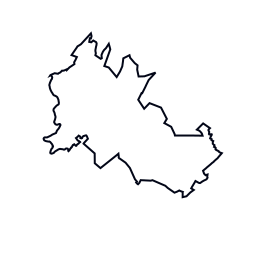 outline of Tlapehuala, Guerrero, Mexico, rotated 32°
{"feature_id": "50627088B3724997365997", "entity_name": "Tlapehuala", "entity_type": "district", "adm_level": 2, "iso_a3": "MEX", "parent_name": "Mexico", "parent_adm1": "Guerrero", "projection": "natural_earth1", "projection_center": [-100.475, 18.277], "detail": "fine", "context": "isolated", "style": "outline", "palette": "ink", "viewbox_px": 256, "rotation_deg": 32, "n_neighbors": 0, "source": "geoboundaries", "source_scale": "gbopen_adm2", "svg_char_len": 5305}
<svg xmlns="http://www.w3.org/2000/svg" viewBox="0 0 256 256"><g transform="rotate(32 128 128)"><path d="M211.0,157.7L213.8,154.9L215.0,149.7L216.6,145.7L213.6,145.7L213.5,144.4L213.4,138.6L213.3,137.2L217.0,137.0L217.5,136.9L218.3,136.5L218.7,135.5L218.8,135.4L218.9,135.2L219.2,134.3L220.1,132.6L220.2,132.4L221.5,130.4L221.8,129.8L221.8,128.0L221.1,127.5L220.1,125.3L219.0,126.6L218.8,126.9L217.4,126.6L217.2,126.5L216.5,126.3L216.3,126.1L215.9,125.7L215.6,125.5L214.3,124.5L214.4,124.2L214.8,122.8L215.3,121.4L215.5,120.8L215.7,119.9L217.1,115.7L217.2,115.4L217.8,113.2L218.5,111.5L218.7,110.3L218.9,109.6L219.1,108.9L219.5,107.6L219.6,107.2L220.0,106.3L220.0,106.0L220.0,105.6L220.4,102.8L220.8,100.4L220.9,99.6L218.5,100.1L217.1,99.8L217.0,99.6L214.6,99.9L214.5,99.7L213.5,99.7L212.9,98.4L211.8,98.3L211.1,98.4L211.1,97.7L210.7,97.6L210.4,96.7L210.1,96.7L209.7,96.8L208.2,96.4L207.4,95.0L207.2,93.9L205.3,94.1L204.8,93.1L203.2,93.3L202.8,92.0L202.6,88.7L202.4,89.3L202.3,89.1L202.2,89.0L201.5,89.4L201.0,90.1L200.4,90.4L199.8,90.2L199.7,89.9L199.2,88.8L198.7,88.0L198.0,87.7L197.4,87.3L197.2,86.9L197.3,85.9L197.6,84.7L189.3,84.3L187.3,92.9L190.0,92.5L191.5,92.8L193.5,93.5L195.3,95.0L185.4,101.0L171.8,109.5L171.3,109.0L170.7,108.4L164.0,104.1L157.4,104.5L156.2,104.6L156.1,99.7L145.2,93.2L133.1,95.5L131.5,103.1L121.7,98.6L121.0,91.2L121.6,91.0L120.9,83.5L120.8,82.9L120.7,82.1L120.1,76.4L122.0,66.4L114.5,75.5L109.7,78.7L105.2,74.0L104.9,73.7L102.9,69.8L99.3,69.4L92.6,67.3L90.7,65.5L87.1,71.4L88.5,74.3L90.5,78.8L91.3,84.3L91.4,90.8L79.6,86.9L75.1,88.0L71.3,70.7L68.9,68.4L68.5,68.1L67.1,66.8L67.0,72.0L66.4,74.5L66.3,76.7L66.7,79.2L66.7,79.4L66.8,79.9L67.1,80.5L67.3,80.8L68.8,82.7L68.2,83.8L61.8,83.6L61.1,81.6L59.9,80.4L59.1,79.3L57.7,75.7L57.4,74.6L56.6,72.9L55.5,72.1L52.2,72.2L51.4,74.8L49.5,75.5L48.1,72.1L49.1,71.6L48.4,69.4L46.4,67.4L43.7,81.9L42.6,84.2L41.9,85.5L41.9,87.1L41.5,96.1L47.0,94.9L47.4,98.2L47.5,100.8L48.7,102.2L46.2,107.7L46.0,108.7L45.5,111.0L45.1,110.5L43.5,112.9L42.5,113.9L41.7,114.3L41.6,114.8L41.1,116.8L40.1,118.4L39.9,119.1L36.8,120.4L34.6,123.6L34.2,124.3L34.2,124.8L34.5,124.3L34.7,124.2L35.3,124.3L36.0,124.6L36.4,124.8L36.8,125.1L37.0,125.4L37.2,126.0L37.4,126.6L37.5,127.0L37.4,127.5L37.4,128.0L37.4,128.5L37.6,129.2L37.7,130.1L37.8,131.0L38.1,131.7L38.2,132.4L38.6,133.4L39.4,134.1L40.5,135.4L41.3,136.1L42.5,137.0L43.7,137.7L44.4,138.1L45.4,138.5L45.9,138.8L46.3,139.0L47.1,139.4L47.9,139.5L48.1,139.5L48.7,139.4L49.4,139.2L50.1,139.2L50.5,139.2L51.1,139.2L51.8,139.4L52.3,139.7L53.0,140.2L53.6,140.6L54.1,141.0L54.5,141.5L55.1,142.2L55.6,142.7L55.8,143.0L56.0,143.2L56.3,143.8L56.5,144.3L56.6,144.7L56.5,145.0L56.3,145.5L55.9,146.1L55.5,147.3L55.2,148.9L55.0,150.1L54.9,150.8L54.9,151.3L55.1,151.8L55.3,152.3L55.7,152.8L56.1,153.1L56.3,153.2L57.3,153.8L58.1,154.5L59.1,155.6L59.9,156.2L60.5,156.8L60.8,157.2L61.1,158.1L61.4,158.8L61.7,160.0L62.0,161.5L62.3,162.2L62.5,162.4L63.5,162.9L64.2,163.2L64.6,163.3L65.1,163.2L66.1,162.9L66.6,162.3L67.1,161.7L67.4,161.2L67.7,161.0L68.0,160.8L68.5,160.8L68.9,161.0L69.2,161.4L69.2,161.7L69.2,162.0L69.4,162.7L69.4,163.3L69.5,164.0L69.5,164.4L69.5,164.8L69.5,165.3L69.4,166.0L69.2,167.1L69.2,168.3L69.6,170.4L67.3,173.7L66.5,175.5L64.4,178.8L63.1,179.6L62.5,180.0L62.2,180.3L62.0,180.9L62.0,181.2L62.0,181.5L62.1,181.8L62.5,182.2L63.0,182.5L63.4,182.8L64.1,182.8L64.8,182.7L65.4,182.6L66.2,182.3L66.9,182.0L67.6,181.8L68.5,181.1L69.5,181.1L72.2,182.0L73.8,183.0L73.7,183.4L73.8,183.5L74.2,183.6L74.3,184.1L74.4,184.4L74.4,185.3L74.2,186.2L74.3,187.0L74.4,187.8L74.6,188.6L74.8,189.2L74.9,189.7L75.2,190.2L75.5,190.3L75.7,190.5L76.1,190.4L76.4,190.4L76.9,190.2L77.1,189.9L77.5,189.5L77.9,188.9L78.3,188.3L78.3,187.9L78.3,187.7L78.5,186.8L78.9,185.9L79.8,184.1L80.3,183.1L80.9,182.3L81.2,181.9L81.5,181.7L82.3,181.4L82.8,181.1L83.1,181.0L83.3,180.9L83.9,180.6L84.3,180.5L84.7,180.4L85.2,180.3L85.4,180.1L85.9,179.4L86.0,178.9L86.2,178.4L86.6,178.0L87.1,177.8L87.3,177.7L87.7,177.5L87.8,177.5L88.3,177.7L88.7,177.9L89.0,178.2L89.0,178.4L89.1,178.6L89.4,179.0L89.5,179.1L89.8,179.2L89.9,178.9L89.9,178.6L90.0,178.2L90.1,177.6L90.1,177.0L90.0,176.9L90.0,176.2L90.2,175.4L90.1,174.9L90.3,174.8L90.3,174.6L90.3,174.4L90.4,174.0L90.5,173.8L90.5,173.6L90.4,173.2L90.3,172.9L90.3,172.2L90.3,171.7L90.6,171.5L90.6,171.1L90.8,170.7L91.0,170.3L92.4,170.6L92.9,170.7L93.4,170.7L93.6,170.4L93.5,169.7L93.6,169.1L93.7,168.8L93.8,168.5L94.0,168.2L94.1,167.7L94.3,167.4L94.4,166.6L94.6,165.9L94.8,165.4L94.5,165.3L94.5,165.2L94.4,165.2L93.5,165.1L92.4,165.2L91.9,165.2L90.9,164.8L90.8,164.7L89.2,164.1L89.9,162.2L90.2,160.6L90.9,160.6L91.5,160.6L92.0,160.6L92.5,161.1L92.9,161.3L93.0,161.7L94.0,161.5L94.3,161.0L94.4,160.9L94.2,159.3L94.4,158.7L94.6,158.3L94.9,158.1L95.8,156.9L96.5,156.4L97.1,156.6L97.4,156.8L98.2,157.3L98.3,157.4L99.7,158.4L98.6,164.0L98.6,164.8L102.8,165.5L113.2,167.2L118.5,175.5L125.9,176.6L132.9,156.8L133.5,154.9L135.2,157.0L135.6,157.8L136.0,158.1L136.4,158.3L136.8,158.4L137.1,158.3L137.4,158.3L144.3,158.7L150.8,160.9L161.1,167.8L164.0,168.7L163.8,169.9L165.6,170.4L166.0,170.4L166.3,170.4L166.7,168.6L166.4,165.5L175.2,160.6L176.4,159.3L190.3,157.2L193.5,157.8L201.7,158.2L203.4,155.9L204.6,153.8L205.4,153.8L208.3,153.2L208.3,153.3L211.0,157.7Z" fill="none" stroke="#020617" stroke-width="2"/></g></svg>